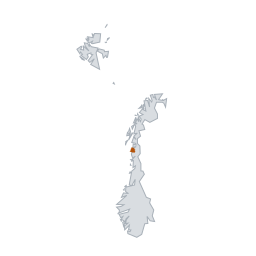 Gildeskål nor, Nordland, Norway (highlighted), rotated 334°
{"feature_id": "86288312B17859654216493", "entity_name": "Gildeskål nor", "entity_type": "district", "adm_level": 2, "iso_a3": "NOR", "parent_name": "Norway", "parent_adm1": "Nordland", "projection": "albers", "projection_center": [14.061, 66.984], "detail": "fine", "context": "in_parent", "style": "filled", "palette": "amber", "viewbox_px": 256, "rotation_deg": 334, "n_neighbors": 0, "source": "geoboundaries", "source_scale": "gbopen_adm2", "svg_char_len": 5728}
<svg xmlns="http://www.w3.org/2000/svg" viewBox="0 0 256 256"><g transform="rotate(334 128 128)"><path d="M146.8,127.8L142.3,130.6L143.2,132.1L142.4,136.7L136.6,135.3L135.7,140.8L131.8,141.7L129.7,146.1L130.8,149.4L127.7,156.4L124.2,158.1L124.0,165.6L120.8,172.2L122.5,173.3L122.4,176.7L114.7,181.1L114.1,198.3L117.2,201.7L114.6,204.8L115.2,213.0L111.3,217.6L110.9,223.7L107.2,221.1L106.4,215.8L104.0,222.5L101.1,221.4L93.7,229.6L88.0,230.1L81.6,222.9L82.4,220.4L84.5,222.0L85.9,220.9L83.8,219.8L86.7,215.9L80.4,218.1L81.8,214.5L86.2,213.5L84.0,212.8L86.3,209.7L90.5,207.6L86.5,208.7L81.0,214.4L81.9,210.4L84.1,210.4L82.0,207.1L84.6,205.3L82.2,205.4L82.2,201.7L91.1,203.6L93.9,201.6L82.9,200.4L84.3,197.9L83.0,194.1L87.6,195.5L90.7,195.2L84.3,191.7L97.4,188.0L91.7,187.5L95.5,184.4L99.7,187.1L98.0,184.1L100.1,180.2L108.9,182.1L112.0,177.3L106.0,181.5L104.2,179.6L112.5,168.4L116.4,167.4L118.1,165.3L115.1,165.7L118.6,159.6L117.7,158.3L122.3,156.5L119.0,157.1L119.4,153.4L122.6,149.0L127.2,148.2L123.8,147.6L125.6,144.8L127.8,146.8L128.2,145.2L125.0,142.7L129.1,138.7L130.2,141.9L129.7,137.9L134.2,136.7L130.7,135.9L135.6,129.9L135.9,127.0L138.0,128.3L137.1,126.7L140.2,123.6L140.4,127.1L142.1,122.1L142.0,127.7L143.8,125.8L143.1,122.3L147.4,122.5L145.0,119.1L149.0,117.3L151.5,120.6L154.3,110.6L157.6,111.8L156.6,118.6L159.6,110.5L160.7,115.0L161.8,113.8L162.4,108.3L165.0,108.8L164.2,111.7L165.3,111.6L165.9,115.4L166.5,109.4L174.0,112.4L167.9,115.9L171.6,118.7L175.6,118.5L170.9,125.7L171.1,121.4L170.0,119.8L164.9,117.3L160.5,121.7L160.6,128.3L158.7,132.3L150.1,132.5L146.8,127.8ZM126.1,32.3L128.9,34.4L128.9,38.0L130.0,36.0L130.7,38.9L136.1,43.0L132.2,46.5L128.2,62.8L122.3,54.6L128.1,51.0L122.5,52.3L121.7,50.0L128.4,46.5L127.0,45.8L127.6,44.3L123.6,43.9L123.5,46.6L120.7,48.2L117.5,41.8L119.4,41.9L118.7,38.9L117.3,40.2L116.6,34.8L121.8,34.0L122.2,34.9L119.8,36.5L122.3,38.5L123.8,34.8L126.6,41.6L125.5,35.3L126.1,32.3ZM131.7,28.3L136.3,31.5L137.0,27.7L137.5,28.1L137.5,30.1L139.4,28.4L144.7,31.3L140.3,38.4L133.1,36.7L132.3,35.9L134.1,34.4L130.5,34.6L129.6,33.2L130.5,32.2L128.9,31.4L131.3,31.5L130.9,29.6L131.9,30.5L131.7,28.3ZM136.7,44.2L140.7,47.6L140.3,49.1L144.1,50.5L140.6,55.4L139.7,55.2L140.0,53.0L136.5,54.3L137.5,50.0L134.2,45.5L136.7,44.2ZM128.1,135.7L130.7,134.2L123.1,139.2L127.0,135.2L127.1,131.3L129.2,129.1L128.1,135.7ZM131.9,128.2L135.4,127.7L131.4,130.9L131.9,128.2ZM135.2,125.8L139.8,121.7L137.5,125.9L135.2,125.8ZM116.0,42.2L118.2,46.4L118.7,48.2L116.8,46.1L116.0,42.2ZM125.6,131.7L126.3,135.2L123.5,134.4L125.6,131.7ZM150.7,113.0L149.2,115.8L146.5,115.1L149.4,114.2L150.7,113.0ZM151.2,114.8L150.8,117.8L149.6,117.1L151.2,114.8ZM119.8,139.4L122.6,138.7L119.6,140.9L119.8,139.4ZM154.5,26.1L151.4,27.8L154.5,25.9L154.5,26.1ZM148.8,38.7L151.1,38.7L147.9,39.9L148.8,38.7ZM155.9,110.1L157.6,109.1L158.3,109.6L155.9,110.1ZM152.4,113.8L152.2,115.4L151.5,114.2L152.4,113.8ZM142.9,119.4L143.0,121.0L142.2,120.5L142.9,119.4ZM135.1,80.9L135.0,82.4L134.2,81.3L135.1,80.9ZM146.6,41.6L145.5,41.6L145.3,41.1L146.6,41.6ZM110.7,168.3L111.2,169.6L109.5,169.3L110.7,168.3ZM139.6,119.4L140.6,119.9L141.2,120.8L139.6,119.4ZM129.4,29.5L129.9,30.5L129.2,30.1L129.4,29.5ZM101.0,179.4L99.0,179.3L101.2,178.8L101.0,179.4ZM97.9,181.2L97.1,182.2L96.8,181.6L97.9,181.2ZM119.1,141.3L118.2,142.5L119.2,140.4L119.1,141.3ZM81.6,207.6L81.1,209.3L81.2,207.0L81.6,207.6ZM116.9,158.5L116.5,157.5L117.1,157.6L116.9,158.5ZM171.6,117.2L171.8,118.5L171.6,118.3L171.6,117.2ZM117.4,159.5L116.3,159.7L117.7,159.3L117.4,159.5ZM114.2,161.8L114.3,162.8L113.8,162.5L114.2,161.8ZM82.0,200.2L81.4,201.2L81.6,200.3L82.0,200.2Z" fill="#d9dde1" stroke="#a8b0b8" stroke-width="1"/><path d="M123.5,149.4L123.4,149.4L123.3,149.5L123.3,149.4L123.2,149.4L123.0,149.5L123.1,149.4L123.1,149.5L123.1,149.8L123.1,150.0L122.9,150.1L122.8,150.3L122.7,150.3L122.8,150.2L122.7,150.1L122.7,149.9L122.6,149.7L122.4,149.3L122.4,149.5L122.3,149.8L122.3,149.7L122.3,149.8L122.4,150.0L122.3,150.3L122.2,150.4L122.3,150.3L122.3,150.2L122.1,150.3L122.0,150.5L121.9,150.6L121.9,150.4L122.0,150.4L122.1,150.2L121.9,150.1L121.7,150.1L121.8,150.2L121.7,150.2L121.4,150.2L121.3,150.3L121.2,150.3L121.3,150.4L121.5,150.4L121.5,150.5L121.4,150.5L121.2,150.5L120.9,150.5L121.1,150.7L121.5,150.8L121.7,150.7L121.8,150.8L122.0,150.8L122.1,151.0L121.9,151.1L122.1,151.3L122.2,151.5L122.3,151.5L122.7,151.6L122.7,151.8L122.8,152.0L123.0,152.2L123.5,152.0L123.6,151.8L123.4,151.6L123.4,151.4L123.5,151.3L123.4,151.2L123.4,150.9L123.3,150.6L123.4,150.4L123.4,150.2L123.4,149.9L123.5,149.8L123.5,149.7L123.5,149.4ZM123.2,148.3L123.1,148.5L122.9,148.7L123.0,148.7L122.9,148.7L122.9,148.8L122.8,149.0L122.8,148.9L122.7,148.9L122.6,148.7L122.4,148.7L122.5,148.7L122.4,148.7L122.4,148.8L122.4,149.0L122.4,148.9L122.4,149.0L122.2,149.2L122.3,149.3L122.4,149.2L122.4,149.3L122.5,149.3L122.7,149.5L122.8,149.7L122.7,149.8L122.8,149.9L122.8,150.0L122.8,149.9L122.9,150.0L123.0,150.0L123.0,149.9L123.0,149.7L123.0,149.8L123.0,149.7L123.0,149.4L123.0,149.2L123.1,148.9L123.2,148.7L123.3,148.7L123.2,148.6L123.3,148.4L123.2,148.3L123.2,148.3ZM123.6,148.8L123.6,148.7L123.4,148.6L123.4,148.8L123.3,149.0L123.2,149.1L123.1,149.3L123.2,149.2L123.3,149.3L123.3,149.2L123.3,149.3L123.5,149.4L123.4,149.2L123.5,149.0L123.5,148.9L123.6,148.8ZM121.6,149.3L121.4,149.3L121.3,149.5L121.5,149.6L121.8,149.5L121.7,149.5L121.8,149.4L121.7,149.4L121.6,149.3ZM122.0,149.1L121.7,148.9L121.6,149.1L121.8,149.1L122.0,149.1ZM122.1,149.5L122.0,149.8L121.9,149.9L121.9,150.0L122.1,149.9L122.1,149.7L122.1,149.5ZM122.1,148.7L122.0,148.8L122.0,149.0L122.0,148.9L122.0,149.0L122.1,148.9L122.2,148.7L122.1,148.7ZM122.3,148.5L122.2,148.6L122.3,148.7L122.3,148.5Z" fill="#f59e0b" stroke="#b45309" stroke-width="1.5"/></g></svg>